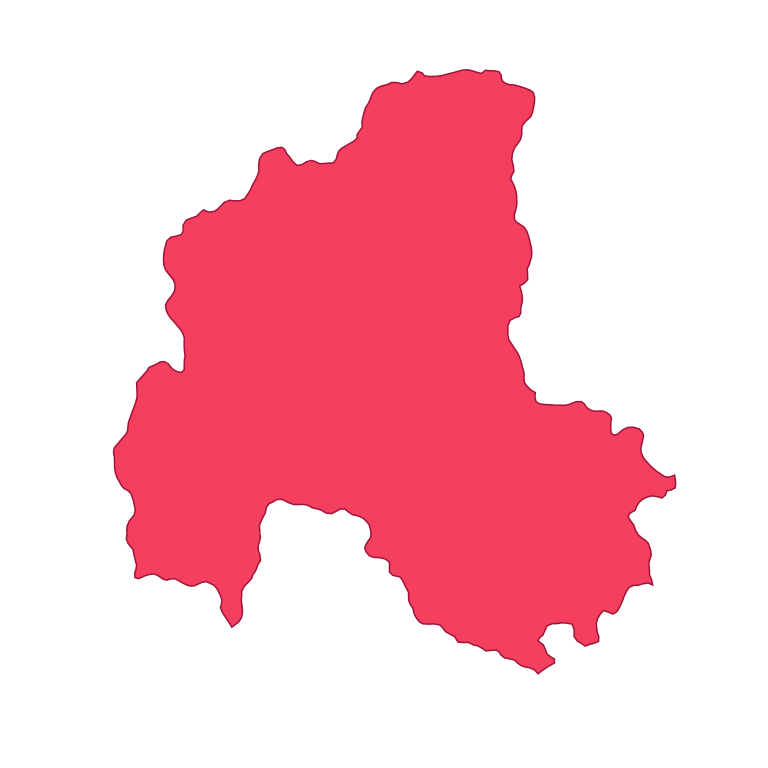 Pedra Azul, Minas Gerais, Brazil, rotated 263°
{"feature_id": "56859067B52698506217468", "entity_name": "Pedra Azul", "entity_type": "district", "adm_level": 2, "iso_a3": "BRA", "parent_name": "Brazil", "parent_adm1": "Minas Gerais", "projection": "robinson", "projection_center": [-41.204, -15.954], "detail": "fine", "context": "isolated", "style": "filled", "palette": "rose", "viewbox_px": 768, "rotation_deg": 263, "n_neighbors": 0, "source": "geoboundaries", "source_scale": "gbopen_adm2", "svg_char_len": 6154}
<svg xmlns="http://www.w3.org/2000/svg" viewBox="0 0 768 768"><g transform="rotate(263 384 384)"><path d="M220.7,116.8L222.6,122.7L223.5,127.3L223.6,132.0L222.1,135.3L219.8,138.1L217.2,141.0L215.8,144.4L216.6,149.1L216.0,153.0L214.0,156.0L211.0,160.0L208.7,163.4L207.1,167.0L206.8,171.0L207.9,174.8L209.3,178.8L209.5,183.8L207.0,187.6L205.0,190.6L202.0,192.8L199.0,194.2L193.8,195.9L189.1,196.8L185.8,196.0L182.4,194.5L178.6,195.2L175.5,196.4L165.1,201.6L161.2,203.3L165.5,210.8L169.4,214.0L174.5,215.7L178.5,216.0L187.0,216.0L191.9,217.1L195.7,217.4L200.2,220.6L204.5,226.0L207.4,229.1L210.6,230.5L213.0,232.9L216.0,234.8L219.8,236.6L224.0,240.0L230.1,240.0L233.9,239.0L238.8,239.4L243.6,241.5L247.2,242.8L250.5,242.4L254.5,242.9L258.9,243.1L266.2,247.4L270.4,250.4L275.9,252.2L279.3,255.4L280.4,259.2L282.3,263.4L282.1,267.9L280.4,271.2L277.8,274.8L275.3,280.0L274.7,285.0L274.3,289.7L272.6,294.1L269.6,298.3L268.1,302.9L266.1,306.9L262.9,310.9L261.7,316.1L263.3,320.7L265.3,325.5L264.5,330.1L261.3,333.1L258.1,336.8L256.3,342.1L253.5,346.7L249.8,349.9L246.0,352.1L240.9,352.9L237.1,352.9L233.2,352.0L229.9,348.9L226.5,346.3L223.5,344.9L219.2,345.9L215.2,348.7L213.0,353.1L212.2,358.6L210.2,363.7L207.1,367.4L203.7,367.4L199.9,366.9L196.7,366.5L193.1,369.3L190.5,376.5L186.1,378.7L180.6,380.5L174.4,382.9L166.1,382.1L161.9,383.3L158.0,385.3L152.3,385.9L148.0,387.5L143.8,390.0L141.3,393.2L140.2,399.1L139.7,405.1L137.8,410.4L133.8,413.1L130.7,414.9L128.1,418.5L124.5,423.4L118.8,426.0L117.6,432.0L117.2,436.3L114.0,441.2L112.6,445.4L110.0,448.8L106.6,452.9L106.6,458.4L106.2,463.0L103.9,465.7L100.5,467.2L97.5,470.3L95.8,475.6L94.0,480.0L90.7,482.6L87.6,486.1L85.6,490.4L84.6,494.0L81.8,498.6L77.6,501.6L80.2,506.0L82.7,510.6L84.4,514.6L86.3,519.2L90.3,519.6L93.0,516.1L96.3,512.9L100.8,511.8L105.6,510.4L110.4,505.6L113.3,507.6L115.3,511.0L124.1,516.4L125.6,521.8L125.1,526.4L125.3,531.2L124.3,536.6L122.6,541.6L116.4,542.8L110.3,541.8L105.2,544.6L102.3,548.6L99.3,551.8L100.5,556.2L101.0,560.6L102.3,565.6L107.2,566.4L111.8,565.4L120.1,565.4L125.5,567.6L129.7,571.0L132.4,574.5L130.0,579.2L127.8,583.1L129.8,587.6L133.5,590.5L136.7,592.5L139.8,594.3L144.1,596.5L148.4,599.3L152.3,602.3L153.7,607.7L153.3,612.2L154.1,616.1L154.3,621.7L151.8,626.2L157.1,625.7L162.4,624.3L167.7,624.9L172.6,624.8L176.8,626.1L181.5,628.4L186.2,628.4L190.0,627.7L194.1,626.7L197.1,624.3L199.5,621.5L203.0,618.2L207.8,615.9L213.8,614.7L218.5,611.9L222.7,610.1L225.9,612.6L228.1,617.9L232.5,620.3L235.6,622.9L237.6,625.9L239.4,630.3L240.3,634.9L239.8,638.6L238.4,642.7L237.0,646.1L239.4,649.7L243.6,651.9L243.8,655.9L245.3,660.3L249.7,661.3L252.9,661.5L258.1,661.3L256.7,655.5L257.9,651.1L260.8,647.8L264.6,643.5L268.4,640.0L271.8,637.3L275.2,635.0L278.8,632.7L282.0,631.6L285.5,630.8L289.5,631.2L293.3,632.7L297.3,634.1L301.2,635.4L304.7,634.5L308.0,632.1L309.9,628.5L311.0,624.8L311.1,620.5L309.8,616.1L305.6,609.4L305.2,605.5L308.0,603.6L311.7,603.5L319.0,604.5L322.3,605.7L325.6,604.5L328.3,601.8L330.6,597.6L331.4,589.3L333.0,585.6L336.1,582.2L339.8,580.4L342.4,577.8L343.0,572.8L342.0,568.0L341.0,564.6L340.8,560.5L341.5,556.4L341.9,552.3L342.7,548.5L344.4,539.3L345.5,535.8L347.9,532.8L352.9,532.2L357.0,533.2L359.3,530.1L361.9,527.6L364.9,525.4L368.2,523.6L372.2,523.6L376.1,524.2L379.7,524.2L383.8,523.5L389.7,522.8L394.9,521.6L398.6,520.4L404.4,517.4L409.3,515.0L413.1,513.2L417.9,512.9L427.1,514.2L431.8,517.0L433.8,521.8L434.5,526.2L437.7,528.4L442.2,528.8L448.7,531.2L452.5,531.9L457.3,531.8L461.4,531.2L464.7,530.6L467.0,535.6L470.0,539.3L477.2,540.0L480.9,540.2L484.9,542.8L489.3,544.6L492.5,546.0L496.5,546.7L501.2,546.8L509.4,546.0L514.1,545.3L518.1,544.4L522.3,542.4L526.1,538.2L528.6,535.2L531.5,533.6L536.1,534.0L539.4,535.4L543.2,536.8L546.9,537.9L551.1,538.2L554.8,538.6L559.6,538.4L564.6,537.5L572.2,534.8L575.2,536.0L579.0,538.8L584.4,539.0L591.0,538.2L595.8,539.2L599.6,540.8L603.2,543.0L606.2,546.0L610.4,549.5L615.5,551.3L619.1,551.6L623.4,552.6L627.2,556.2L631.2,561.9L635.1,564.4L644.2,567.4L650.1,568.5L655.4,567.5L658.2,564.3L661.6,557.6L663.5,553.4L665.0,549.4L665.7,545.4L667.3,541.8L669.7,539.0L672.7,537.8L676.2,538.0L679.9,536.2L681.3,532.2L681.9,527.8L683.0,523.0L680.4,518.4L682.3,513.6L684.2,509.6L685.6,505.6L686.0,500.4L684.6,490.6L683.9,484.7L683.0,478.2L683.0,473.0L683.6,467.1L684.9,461.8L688.1,459.7L690.4,455.2L686.6,451.4L683.6,448.6L680.8,444.6L679.7,438.6L681.7,433.1L682.4,428.0L680.9,424.2L679.9,416.9L678.4,412.7L675.0,408.7L671.4,406.5L667.9,404.8L664.0,402.3L660.4,399.3L655.9,397.3L651.3,395.5L646.6,393.9L641.8,393.9L638.2,390.7L634.9,387.7L631.4,387.3L628.5,383.3L626.6,378.4L625.0,375.1L623.2,370.7L620.9,367.7L618.0,365.9L612.9,363.9L609.6,360.4L610.0,356.3L610.1,352.1L610.5,346.9L613.1,343.1L614.7,339.3L614.1,334.3L611.9,329.7L611.5,324.3L616.1,320.5L620.4,318.3L624.5,315.5L628.7,314.1L631.3,311.5L631.4,306.7L630.2,302.1L629.0,296.9L627.5,291.9L623.2,288.2L618.6,286.7L610.3,285.7L605.0,283.1L601.6,280.7L597.9,278.0L592.7,274.9L585.0,268.5L583.4,263.3L583.9,258.3L585.2,253.2L583.8,247.6L580.8,244.0L578.0,240.4L576.1,236.8L575.9,231.2L578.9,226.0L575.9,221.8L573.3,218.4L572.1,212.8L570.7,207.6L566.2,204.0L560.9,203.4L557.0,201.2L556.1,195.9L555.7,190.4L552.5,185.8L548.7,184.4L545.1,182.8L540.4,181.4L535.3,180.4L529.5,180.0L524.0,181.0L519.9,183.4L516.1,185.8L512.3,187.8L507.7,188.8L502.7,187.8L499.7,185.8L496.7,183.3L493.7,180.0L489.2,176.8L484.0,176.8L480.0,178.0L475.7,180.0L471.0,183.4L466.1,186.6L461.8,189.2L458.3,190.6L454.4,191.4L447.3,190.4L442.3,190.0L436.1,190.0L432.4,188.8L422.5,187.4L420.1,184.2L421.6,180.0L423.9,176.8L427.0,174.2L430.5,172.2L433.0,168.8L433.2,164.6L431.7,161.2L430.5,157.6L429.1,152.8L425.6,150.0L415.5,138.6L402.9,137.6L399.8,136.8L395.3,135.0L386.0,130.2L376.8,125.6L368.9,123.8L365.9,122.0L353.7,108.6L348.5,107.1L344.1,107.5L334.2,106.5L328.9,106.5L324.0,107.5L315.1,111.1L312.1,113.2L309.0,117.3L306.0,119.5L299.2,121.0L289.3,121.8L284.6,120.2L279.1,114.5L274.2,111.7L270.6,110.8L267.1,110.8L262.1,109.4L257.2,110.4L250.5,114.6L238.8,115.7L234.4,116.4L230.8,115.4L227.1,113.6L222.3,113.2L220.7,116.8Z" fill="#f43f5e" stroke="#9f1239" stroke-width="1.5"/></g></svg>